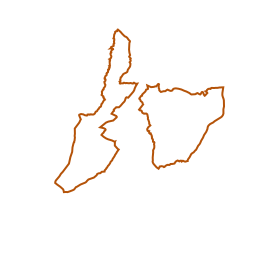 Masasi, Mtwara, United Republic of Tanzania, rotated 307°
{"feature_id": "72390352B56058142056871", "entity_name": "Masasi", "entity_type": "district", "adm_level": 2, "iso_a3": "TZA", "parent_name": "United Republic of Tanzania", "parent_adm1": "Mtwara", "projection": "orthographic", "projection_center": [38.96, -10.762], "detail": "fine", "context": "isolated", "style": "outline", "palette": "amber", "viewbox_px": 256, "rotation_deg": 307, "n_neighbors": 0, "source": "geoboundaries", "source_scale": "gbopen_adm2", "svg_char_len": 5900}
<svg xmlns="http://www.w3.org/2000/svg" viewBox="0 0 256 256"><g transform="rotate(307 128 128)"><path d="M217.8,179.6L215.5,176.8L213.9,175.3L212.7,173.7L211.9,172.9L210.3,170.6L210.1,170.4L208.9,170.4L208.4,169.4L207.9,169.1L207.6,168.6L206.0,168.2L205.3,168.4L204.7,168.4L204.0,167.9L203.9,169.9L203.7,170.3L200.3,170.0L199.9,169.8L200.3,168.5L201.6,166.6L201.5,165.7L201.0,165.3L198.8,165.6L198.3,165.5L198.0,164.8L197.7,162.5L196.7,161.8L195.9,161.7L195.3,161.2L193.0,158.5L192.8,157.7L192.9,156.2L192.3,152.8L191.5,150.2L190.9,147.5L189.7,144.6L188.6,142.6L188.1,141.9L186.9,140.9L185.9,140.6L184.7,140.8L183.5,140.0L183.1,139.3L182.4,136.5L181.4,136.0L180.4,135.8L179.7,135.5L178.8,134.3L176.6,132.6L176.7,131.1L177.0,130.2L178.0,129.4L178.3,128.6L180.6,126.8L181.5,126.5L181.6,126.2L181.4,125.7L181.2,125.6L178.2,125.5L177.5,124.6L176.4,123.9L174.5,121.8L173.6,117.8L171.7,120.1L171.0,120.4L169.5,119.4L167.7,119.9L163.4,119.2L162.9,119.3L162.3,119.8L161.1,119.1L159.5,119.3L158.5,119.2L158.1,119.6L158.2,120.0L157.8,121.0L157.1,122.0L157.2,122.9L157.0,124.2L156.0,125.4L155.9,125.9L149.3,125.8L149.2,126.8L149.8,127.8L149.9,128.5L148.9,130.1L148.8,130.6L149.1,132.3L149.7,132.7L150.2,133.6L150.6,134.1L150.5,135.2L149.5,136.4L149.1,136.7L148.6,137.5L147.1,138.5L146.8,139.3L145.2,141.6L144.1,142.4L143.5,144.3L140.8,143.7L138.7,144.0L138.2,144.4L137.6,145.3L137.6,145.7L137.8,145.9L137.7,146.2L138.1,146.4L138.0,146.6L138.1,146.8L137.6,146.9L137.3,147.7L136.8,148.0L137.0,148.6L136.8,149.0L137.3,149.2L137.4,149.4L136.7,150.2L136.6,150.8L135.9,151.9L135.5,152.1L135.2,152.7L134.5,153.0L134.3,153.4L134.0,153.6L133.9,154.7L132.1,156.2L132.5,157.3L132.3,157.8L130.5,158.7L129.9,159.5L128.6,160.5L127.7,161.0L125.7,161.4L125.1,161.6L123.8,162.7L119.3,165.5L116.7,167.6L116.1,167.8L115.3,168.7L114.7,170.1L113.9,173.9L113.8,174.7L113.9,176.9L115.5,176.8L116.3,176.5L116.6,176.7L117.8,177.9L118.5,179.5L118.4,180.2L119.0,180.6L120.2,180.7L121.7,181.3L122.5,181.9L123.3,183.2L123.7,183.5L124.8,183.6L126.2,185.3L127.6,186.5L129.8,186.3L131.8,187.1L132.0,187.5L132.2,189.0L132.4,189.3L133.1,189.3L133.4,189.5L134.0,190.4L133.6,191.1L134.9,191.6L135.3,193.4L135.8,194.2L137.0,195.0L137.5,195.5L137.8,195.2L139.3,194.8L141.6,194.8L145.2,194.2L146.3,194.4L148.2,195.1L150.6,195.2L151.6,195.5L156.1,194.7L157.9,194.9L159.6,194.7L161.9,194.1L165.5,193.7L168.1,193.0L172.0,192.8L174.8,192.1L176.8,191.1L178.3,190.8L180.6,191.2L183.7,192.7L185.6,193.1L192.5,195.8L193.8,196.1L195.6,196.0L197.0,195.5L200.4,192.9L203.0,191.7L207.8,187.9L208.8,186.7L210.1,184.7L211.1,183.5L212.8,182.3L217.8,179.6ZM181.0,66.1L181.7,66.9L182.1,68.5L181.9,68.7L180.5,68.2L178.3,68.6L178.1,69.3L176.9,69.2L176.1,70.0L175.3,71.5L174.4,72.0L173.6,72.2L172.9,72.0L172.4,72.1L171.8,71.8L171.8,72.5L170.9,72.8L170.9,73.2L170.7,73.3L169.9,73.4L166.9,76.0L166.5,75.8L166.5,76.1L166.2,76.1L165.9,76.5L165.2,76.4L165.1,77.0L164.8,77.1L164.1,77.2L163.5,77.5L163.3,77.1L162.7,76.9L161.9,77.6L161.4,77.7L161.0,78.2L160.4,78.4L159.4,78.0L159.2,78.2L158.9,78.1L158.5,78.1L157.9,78.8L157.3,79.1L156.8,79.0L156.2,78.7L154.0,79.2L153.8,79.6L153.2,79.7L153.1,80.1L153.3,80.7L153.2,80.9L152.2,81.5L150.5,81.4L150.0,82.2L149.4,82.7L148.9,83.9L147.8,84.5L146.6,84.7L145.3,84.6L144.1,85.3L143.4,85.1L143.3,84.9L142.3,85.2L141.4,85.2L139.7,86.7L138.5,87.0L138.4,89.4L137.6,89.8L137.4,90.2L137.2,90.9L137.4,91.1L137.3,91.4L137.0,91.6L136.7,92.5L135.6,92.1L131.9,92.6L131.1,92.4L129.3,93.3L128.6,93.4L127.2,92.8L125.8,93.1L124.6,92.8L123.2,93.1L122.5,93.0L121.6,92.4L119.6,92.8L118.1,92.4L117.0,91.1L116.7,90.2L116.0,89.5L115.6,89.5L115.2,88.5L114.4,87.6L113.6,87.9L113.0,87.4L112.2,85.7L112.0,84.2L110.9,82.1L109.3,81.1L108.9,81.2L108.5,81.7L106.5,85.1L105.7,85.2L103.0,85.8L95.6,85.8L91.4,89.1L89.5,90.2L88.6,91.2L85.6,93.0L84.8,93.1L84.2,93.6L83.6,93.5L82.5,93.9L79.2,95.3L75.3,97.8L70.1,99.5L64.0,102.3L53.7,102.3L51.1,102.0L48.1,102.3L42.7,102.0L41.6,102.2L40.3,102.9L40.2,105.6L40.3,109.3L40.0,112.9L39.6,113.8L38.2,115.4L39.6,117.0L40.4,118.3L42.0,119.4L45.2,121.4L46.6,122.0L49.4,122.0L50.4,122.6L54.3,124.1L58.8,126.8L59.9,127.1L61.2,127.1L63.1,127.4L67.9,130.6L71.4,131.4L72.8,131.1L74.2,131.9L75.3,133.1L77.2,133.4L79.1,135.5L80.2,134.9L82.0,135.1L82.9,134.9L83.6,135.1L85.6,134.8L87.1,135.0L89.0,134.9L90.6,134.5L92.6,134.8L93.9,134.4L97.5,134.2L98.6,133.9L101.1,133.8L101.9,133.6L105.2,133.5L105.1,132.6L105.3,131.5L106.0,128.1L109.0,125.9L109.4,125.8L109.1,125.6L108.9,125.2L108.4,122.7L107.0,118.9L106.5,116.8L106.3,113.9L106.5,111.0L108.2,111.0L109.7,111.3L111.0,111.0L112.5,111.3L113.2,111.1L113.5,110.5L113.3,109.0L112.7,107.4L111.8,105.4L119.1,107.2L121.2,108.4L125.1,111.7L129.6,112.5L130.1,112.4L130.5,111.4L129.5,106.3L132.5,106.2L133.3,106.5L134.1,105.6L136.2,105.9L136.7,106.1L137.5,106.1L139.1,108.3L141.2,108.7L144.7,108.9L146.9,109.2L148.2,109.0L150.4,108.2L151.2,108.2L151.7,108.4L152.3,109.9L153.4,110.0L160.1,110.4L161.2,110.3L162.3,110.1L163.4,109.6L166.1,109.0L169.0,108.7L167.9,107.6L167.8,105.6L167.5,105.3L166.6,105.3L166.2,104.8L165.5,103.0L164.3,101.9L163.1,99.8L162.4,99.2L161.7,97.5L160.7,97.2L159.9,96.0L158.8,95.1L158.7,94.7L159.5,94.3L160.0,93.3L161.0,93.7L161.5,93.3L162.1,92.5L162.9,92.4L164.0,91.7L164.7,92.0L168.2,91.8L169.4,92.3L171.0,93.2L172.2,93.6L172.6,93.6L174.5,92.8L177.9,92.7L178.9,92.4L180.8,91.3L181.5,89.7L182.6,89.8L183.3,89.7L184.1,88.5L184.8,88.5L185.2,88.3L185.4,86.7L185.7,86.0L187.5,85.8L188.9,83.9L191.2,81.7L196.5,78.1L197.0,77.8L198.1,77.6L198.6,77.1L198.8,75.5L199.6,73.0L199.6,71.6L199.3,70.4L199.3,69.8L199.7,66.8L200.3,64.1L200.5,60.6L200.3,60.5L200.2,60.6L198.8,61.0L198.3,60.3L197.0,59.9L196.5,60.4L194.3,60.8L191.9,62.2L190.8,62.5L191.0,63.2L190.4,63.8L189.9,64.2L188.9,64.5L188.6,64.9L188.3,65.0L187.7,65.7L187.3,65.8L187.2,66.1L186.8,66.1L186.5,65.9L186.0,66.1L185.4,66.8L184.9,67.1L182.4,65.8L181.4,66.2L181.0,66.1Z" fill="none" stroke="#b45309" stroke-width="2"/></g></svg>